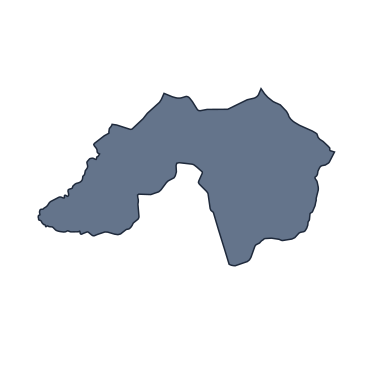 an SVG outline of Dornod, rotated 139°
{"feature_id": "MNG-3332", "entity_name": "Dornod", "entity_type": "Province", "adm_level": 1, "iso_a3": "MNG", "parent_name": "Mongolia", "parent_adm1": "", "projection": "orthographic", "projection_center": [116.608, 48.287], "detail": "fine", "context": "isolated", "style": "filled", "palette": "slate", "viewbox_px": 384, "rotation_deg": 139, "n_neighbors": 0, "source": "natural_earth", "source_scale": "10m", "svg_char_len": 4278}
<svg xmlns="http://www.w3.org/2000/svg" viewBox="0 0 384 384"><g transform="rotate(139 192 192)"><path d="M211.4,113.1L204.3,129.0L203.8,130.2L196.7,146.3L189.4,162.3L189.3,163.3L189.7,165.1L189.7,166.0L189.1,167.7L181.2,179.9L180.8,180.7L180.7,181.8L180.6,182.8L181.3,193.1L181.0,194.8L180.0,195.7L171.8,199.5L171.1,200.4L171.1,200.9L172.0,207.6L172.6,210.7L173.0,211.9L173.8,213.1L182.5,222.6L184.7,223.7L186.7,222.4L190.6,217.4L194.0,215.2L196.2,214.5L202.6,216.0L205.1,215.9L213.8,214.0L216.3,213.9L217.4,214.1L221.5,215.8L224.1,216.8L224.9,217.2L233.6,225.3L235.1,225.4L236.4,223.6L237.7,221.3L238.9,219.9L240.8,218.3L248.1,208.3L249.0,207.5L250.6,206.9L256.1,207.1L257.0,207.0L259.3,206.0L261.3,205.5L263.3,205.4L264.2,205.7L265.9,206.7L266.8,206.9L273.4,207.2L275.9,208.4L278.1,211.0L282.0,217.1L284.0,219.0L291.2,222.0L294.3,223.0L295.1,223.6L295.6,224.3L295.9,225.3L296.5,229.0L296.7,229.9L297.1,230.5L297.9,230.9L301.3,232.1L302.7,232.5L303.4,232.9L303.6,233.6L303.5,234.1L302.7,235.4L302.5,236.1L303.8,236.5L309.5,241.3L310.0,241.9L310.5,242.9L310.9,243.7L311.3,244.3L313.5,244.9L315.0,245.9L317.6,248.8L318.7,250.3L319.7,252.1L319.9,253.1L320.1,256.1L320.2,256.7L320.3,257.0L320.4,257.3L321.0,258.0L322.2,259.2L322.7,259.8L322.9,260.3L323.0,260.7L323.2,261.0L323.5,261.4L323.9,261.5L324.5,261.5L325.0,261.6L325.1,262.0L324.9,262.5L324.7,262.9L324.6,263.3L324.6,264.0L324.9,264.4L325.0,264.6L325.4,264.9L325.4,265.1L325.3,265.5L325.3,265.8L325.4,267.0L325.0,268.6L324.9,269.5L325.1,270.0L325.7,270.9L325.9,271.3L325.8,271.8L325.6,272.2L325.3,272.5L324.7,273.7L324.1,274.4L323.4,274.9L322.8,274.9L322.1,274.5L321.6,274.7L321.2,275.4L320.6,276.4L320.2,277.0L319.5,277.5L318.7,278.0L318.1,278.2L317.3,278.0L316.0,277.0L315.3,276.8L314.3,276.9L311.7,276.5L309.9,276.6L306.8,277.5L305.1,277.6L296.0,275.4L295.1,275.0L294.3,274.3L293.2,272.2L292.5,271.4L291.8,271.6L291.0,272.7L290.4,273.0L289.8,272.8L289.4,272.1L289.2,271.3L289.0,270.5L288.2,270.2L287.1,270.6L286.3,271.7L285.0,274.1L283.8,274.9L282.6,274.6L281.2,273.9L279.9,273.5L279.4,273.7L278.4,274.4L277.9,274.6L275.1,274.7L273.7,274.4L271.4,273.3L270.1,272.9L268.9,272.8L267.8,272.9L266.7,273.3L265.6,274.1L264.3,275.3L263.8,275.5L261.9,275.6L261.3,275.9L258.5,278.1L257.4,278.3L255.6,278.7L254.8,279.1L254.0,279.7L253.4,280.6L252.4,282.5L251.9,283.3L251.2,283.7L247.6,284.2L246.8,284.0L245.1,283.0L244.4,282.2L243.5,280.1L243.0,279.5L242.6,279.6L240.9,280.8L240.6,280.9L240.3,280.8L239.6,280.5L236.8,281.3L237.4,282.9L237.5,283.7L237.3,284.4L236.0,286.2L235.6,287.6L235.4,291.2L234.9,292.4L233.6,292.7L221.3,292.0L216.8,291.0L216.2,290.9L215.9,291.1L215.2,292.0L212.9,294.0L212.4,294.2L210.2,294.5L208.7,295.0L207.9,295.5L204.9,292.0L197.7,280.1L197.2,279.5L196.6,279.1L195.9,278.8L180.8,279.4L174.1,280.7L157.7,281.0L154.5,281.9L148.4,284.8L144.4,276.8L142.3,273.6L141.3,272.4L140.2,271.4L139.2,270.6L138.2,270.0L134.2,268.2L133.6,267.9L133.1,267.3L132.6,266.5L132.3,265.5L132.2,264.2L132.4,260.0L133.9,250.6L133.6,249.2L133.1,248.6L132.4,247.9L126.4,244.4L110.8,231.0L89.8,225.4L83.2,221.9L81.4,221.5L80.4,221.4L79.3,221.5L78.2,221.7L72.1,224.7L72.8,218.6L72.7,213.8L71.5,207.2L70.2,204.1L69.8,203.4L68.2,199.8L67.8,190.9L68.5,187.4L69.4,185.3L69.7,182.2L69.4,179.3L68.9,177.2L67.1,171.8L61.2,159.1L60.1,155.9L59.6,154.0L60.0,152.9L61.0,150.5L61.0,149.4L61.0,148.0L59.9,144.1L59.2,137.1L59.2,134.8L59.4,134.5L59.6,134.3L60.1,133.8L60.4,133.3L60.6,133.0L60.6,132.8L60.5,132.4L58.2,128.7L68.7,124.5L70.0,124.3L73.7,124.9L76.6,126.6L77.6,126.9L78.7,126.9L80.1,126.5L83.3,125.1L85.3,123.4L86.0,122.9L86.8,122.6L87.6,122.4L89.3,122.5L89.9,122.1L90.3,121.0L90.5,119.2L90.6,118.3L91.0,117.4L93.5,112.9L94.5,111.6L95.5,110.6L102.5,105.7L103.4,104.6L104.0,104.0L105.8,102.8L106.4,102.3L108.2,100.9L114.0,98.1L114.7,98.0L116.1,98.3L116.8,98.3L117.3,98.1L121.5,94.1L122.2,93.7L123.6,93.4L124.3,93.0L126.4,91.0L129.2,89.4L132.1,88.5L133.6,88.7L136.6,90.4L138.2,90.8L144.4,90.1L147.5,91.0L155.4,95.9L156.0,96.5L156.4,97.2L157.1,98.7L157.5,99.4L162.3,105.0L167.5,109.0L168.2,109.3L170.2,109.3L171.0,109.5L172.2,109.5L174.5,109.2L178.0,110.1L179.1,110.1L180.3,109.7L190.4,104.0L193.1,103.1L195.9,103.2L198.6,104.3L207.8,108.0L209.1,109.3L210.4,111.0L211.4,113.1Z" fill="#64748b" stroke="#1e293b" stroke-width="1.5"/></g></svg>